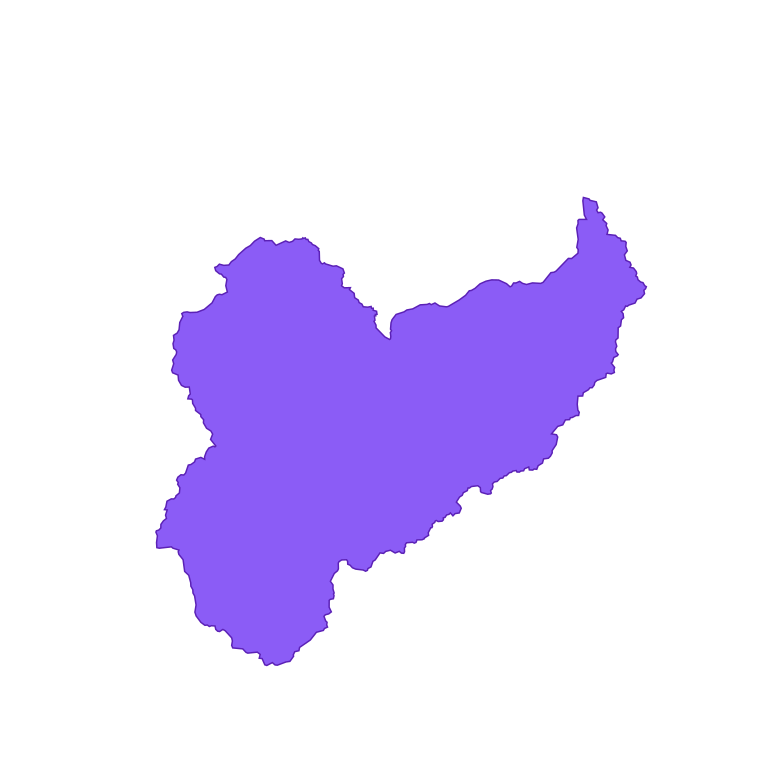 outline of Pai, Mae Hong Son, Thailand, rotated 59°
{"feature_id": "78962969B97978229640938", "entity_name": "Pai", "entity_type": "district", "adm_level": 2, "iso_a3": "THA", "parent_name": "Thailand", "parent_adm1": "Mae Hong Son", "projection": "robinson", "projection_center": [98.443, 19.365], "detail": "fine", "context": "isolated", "style": "filled", "palette": "violet", "viewbox_px": 768, "rotation_deg": 59, "n_neighbors": 0, "source": "geoboundaries", "source_scale": "gbopen_adm2", "svg_char_len": 6170}
<svg xmlns="http://www.w3.org/2000/svg" viewBox="0 0 768 768"><g transform="rotate(59 384 384)"><path d="M525.8,337.2L524.7,333.0L525.8,330.6L524.7,328.3L525.6,326.3L524.6,322.2L525.3,320.4L525.0,318.3L526.3,315.2L527.9,315.4L529.3,313.2L529.0,311.8L530.3,309.0L529.0,307.1L529.7,302.7L532.5,303.7L534.4,300.8L534.2,299.1L535.8,297.0L533.4,293.9L533.4,288.9L530.4,285.8L532.3,281.3L531.6,278.5L529.7,275.3L527.7,274.2L524.6,267.6L518.9,262.4L516.3,262.3L513.0,266.1L509.8,256.9L511.1,251.8L508.2,247.0L510.1,243.3L508.9,241.6L509.7,239.8L509.9,235.7L511.2,233.4L508.8,231.2L506.3,231.3L500.9,228.8L494.3,224.0L496.6,219.9L494.1,217.6L494.2,211.8L493.3,209.4L494.4,207.4L493.1,204.3L491.2,202.5L490.6,199.7L492.5,190.5L489.6,188.2L489.8,186.9L492.4,184.0L492.8,180.6L490.4,179.7L488.6,177.8L483.1,178.4L482.7,176.7L479.6,173.4L480.0,169.5L479.4,168.1L475.6,168.6L473.1,167.4L471.5,165.0L467.1,163.9L465.6,162.6L465.1,159.7L456.4,154.3L456.1,151.3L451.2,147.4L450.6,144.5L446.8,142.8L444.0,143.2L443.9,140.3L441.6,136.7L442.7,135.6L442.5,133.4L443.9,127.1L441.6,123.4L442.6,119.3L440.8,114.2L437.5,113.0L437.1,110.8L435.7,109.0L434.0,109.9L430.5,109.8L428.7,111.5L425.3,112.6L422.8,111.7L421.1,112.6L419.3,110.4L417.4,109.9L413.1,110.4L410.6,113.2L409.2,110.9L406.3,110.4L402.6,113.0L397.1,111.4L395.2,106.9L390.6,105.9L387.4,103.5L385.8,103.8L383.4,107.0L380.8,106.4L378.9,108.3L375.8,109.0L370.6,115.8L367.4,112.6L362.7,112.1L361.1,110.4L355.9,111.9L354.5,108.7L349.7,109.1L348.3,109.9L347.4,112.3L344.4,112.2L343.2,109.8L337.2,108.2L332.7,112.8L331.0,112.9L326.8,117.0L329.4,119.2L342.4,125.3L347.2,125.6L343.4,132.0L343.7,133.5L346.6,135.1L349.4,138.5L360.1,143.1L366.2,148.4L368.8,148.3L371.8,150.4L373.1,158.5L371.3,161.3L375.8,178.2L375.8,180.5L374.5,183.6L378.8,195.2L378.5,197.8L373.8,204.7L372.1,210.6L369.1,213.4L365.9,214.9L365.4,218.8L364.1,220.9L365.8,224.2L365.6,225.9L361.1,227.3L353.9,232.2L350.2,238.1L348.4,243.6L347.6,250.1L348.9,256.7L348.8,261.0L348.0,262.9L350.0,268.4L350.7,276.3L350.6,288.9L350.1,290.6L345.7,296.2L340.8,298.6L340.3,302.7L338.4,303.6L338.0,306.0L334.8,312.2L334.4,320.7L332.3,326.3L332.5,329.6L330.6,337.8L333.0,343.9L335.1,346.4L340.4,350.2L342.3,350.1L343.2,352.1L346.8,353.7L348.6,355.2L348.7,356.3L344.1,359.0L331.8,361.9L329.4,360.5L325.1,360.3L324.7,358.9L320.8,357.2L321.3,355.9L320.0,355.6L320.7,354.1L317.8,352.9L315.2,355.3L313.5,354.2L312.7,355.7L310.9,355.1L309.8,358.3L307.1,362.0L304.1,361.8L301.4,363.4L298.8,362.8L294.9,364.7L290.9,362.9L285.3,365.0L284.1,363.2L281.1,368.5L277.9,369.8L276.6,368.1L271.9,366.1L271.0,363.4L268.9,362.6L268.5,360.8L264.1,359.9L258.2,363.9L256.8,367.0L250.8,372.4L249.5,372.6L249.3,374.9L248.2,375.6L244.8,375.6L237.0,371.2L235.5,371.5L234.4,370.2L230.0,371.7L227.6,373.5L225.7,373.6L223.2,375.1L220.8,374.8L220.0,376.3L218.2,376.2L217.8,378.0L216.9,378.3L217.4,379.6L216.0,382.6L213.8,385.6L214.6,388.9L213.8,392.4L210.7,394.6L209.5,405.1L203.3,406.3L199.7,412.5L198.1,412.1L194.7,414.6L194.9,421.4L196.5,427.3L196.4,432.5L198.2,441.9L200.2,447.1L200.5,451.8L202.1,455.7L199.8,460.2L196.5,463.4L197.3,466.6L196.9,469.0L200.2,469.9L204.8,468.3L206.1,466.8L209.8,466.3L211.1,464.8L213.4,464.8L218.3,469.0L224.5,470.9L224.0,476.9L222.3,478.9L221.7,481.1L222.2,483.5L225.9,489.6L227.5,499.7L226.2,507.3L222.8,513.5L220.8,515.6L219.4,518.8L219.5,521.1L222.4,521.6L226.1,527.4L231.9,531.7L233.8,535.0L233.9,539.4L238.3,541.4L240.8,544.1L245.3,545.9L247.4,544.9L249.7,545.2L251.6,546.8L254.6,552.8L258.3,553.8L262.8,558.9L265.5,559.4L270.3,555.9L275.0,558.2L280.9,558.3L284.3,556.1L286.3,552.5L292.8,555.2L293.5,557.5L295.7,559.8L297.9,556.7L299.0,556.4L302.1,558.0L307.6,558.0L309.7,559.2L315.8,556.8L317.7,557.8L321.7,557.0L324.3,558.8L330.6,558.9L335.1,556.6L338.7,556.7L342.2,561.2L350.5,560.1L350.8,561.3L349.3,562.4L348.7,567.2L350.7,571.3L353.9,575.2L356.2,576.5L352.6,578.8L351.3,584.2L353.2,586.5L353.6,590.9L352.7,593.5L358.2,600.0L358.9,602.5L357.2,604.8L357.7,608.7L359.6,611.3L362.5,611.1L363.7,612.5L367.8,612.4L372.0,615.5L372.7,619.9L373.9,621.1L374.3,623.4L372.9,625.5L372.7,630.4L377.1,634.4L378.6,636.9L380.3,634.7L383.9,638.8L387.2,639.7L387.7,643.6L389.4,647.5L392.5,649.5L393.2,652.3L392.6,654.7L393.5,655.8L397.4,656.4L402.7,660.6L407.3,663.0L409.0,661.2L414.1,650.1L416.0,649.5L420.7,645.3L421.8,646.8L424.4,647.6L431.1,646.7L442.0,651.4L447.4,649.9L454.7,652.0L457.9,653.7L461.8,653.8L464.8,655.4L468.1,655.5L476.6,658.9L482.2,663.6L486.1,664.5L494.1,663.7L498.6,661.8L499.6,659.6L501.9,658.6L502.3,656.4L504.4,653.5L507.7,654.6L510.2,653.9L511.5,652.4L511.4,648.5L513.7,647.2L523.1,645.3L526.2,646.3L529.6,649.2L532.3,649.6L538.3,641.5L543.0,640.5L544.5,639.4L548.6,630.7L552.0,629.4L554.8,632.2L556.6,629.9L563.3,630.8L564.9,629.4L565.3,623.2L568.7,622.1L570.1,620.2L571.8,611.1L573.3,607.5L570.8,601.7L569.5,601.3L567.5,598.4L568.8,594.3L566.3,592.0L565.5,579.0L562.0,569.8L564.0,562.9L562.9,560.9L563.3,557.6L561.0,557.2L558.9,555.5L557.0,556.0L552.2,555.1L551.6,553.1L552.6,549.8L552.2,546.5L547.1,546.0L541.2,542.4L540.9,541.0L542.0,538.0L539.8,535.9L537.9,535.4L537.5,534.4L533.4,533.3L530.0,531.2L525.5,531.6L520.8,524.2L520.2,520.1L519.0,518.3L513.9,515.4L513.1,514.0L513.0,510.9L515.4,506.6L517.2,506.5L519.8,507.9L521.8,506.4L525.3,505.7L528.1,503.6L532.7,497.7L535.0,496.2L535.2,494.2L533.9,492.8L534.1,489.4L530.3,484.8L530.3,482.2L526.7,474.4L529.0,471.6L528.4,468.7L529.8,464.1L534.6,461.5L535.3,457.1L537.9,456.2L539.3,454.3L538.4,452.8L535.1,451.0L534.4,449.2L532.6,448.4L531.7,446.5L534.4,441.0L536.0,440.0L536.3,438.2L534.6,436.0L537.1,431.7L537.4,429.1L536.8,428.7L536.7,423.7L534.3,422.7L531.3,418.0L531.8,417.0L531.3,416.0L529.0,414.9L528.8,411.8L527.9,410.8L527.9,409.5L529.8,408.4L531.5,404.8L531.0,403.0L529.3,402.1L529.8,400.4L528.5,397.8L529.2,395.4L528.7,393.5L532.5,392.8L531.7,389.8L533.3,385.9L530.3,381.8L527.9,381.5L522.5,382.8L519.8,377.5L519.7,374.2L518.0,372.0L518.3,367.5L516.4,365.5L517.2,364.3L516.9,361.9L519.5,356.0L522.4,354.8L525.9,356.6L527.1,356.4L531.9,351.9L533.0,349.2L532.7,348.2L530.2,347.5L529.8,345.5L528.1,343.5L525.4,342.4L524.8,339.9L525.8,337.2Z" fill="#8b5cf6" stroke="#5b21b6" stroke-width="1.5"/></g></svg>